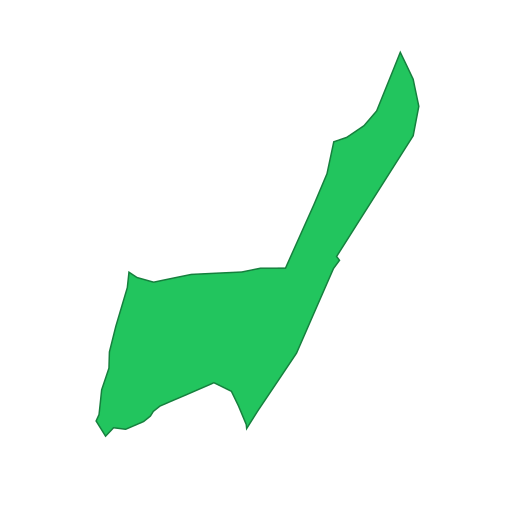 the district of Zaqaziq 2, Ash Sharqiyah, Egypt, rotated 347°
{"feature_id": "37247803B33284186287576", "entity_name": "Zaqaziq 2", "entity_type": "district", "adm_level": 2, "iso_a3": "EGY", "parent_name": "Egypt", "parent_adm1": "Ash Sharqiyah", "projection": "robinson", "projection_center": [31.509, 30.601], "detail": "fine", "context": "isolated", "style": "filled", "palette": "green", "viewbox_px": 512, "rotation_deg": 347, "n_neighbors": 0, "source": "geoboundaries", "source_scale": "gbopen_adm2", "svg_char_len": 952}
<svg xmlns="http://www.w3.org/2000/svg" viewBox="0 0 512 512"><g transform="rotate(347 256 256)"><path d="M208.1,422.0L222.9,407.3L250.5,381.5L254.1,378.1L273.6,359.8L286.0,343.1L298.3,326.5L306.1,316.0L328.7,285.6L336.4,279.0L334.4,274.6L357.9,251.4L360.0,249.3L436.2,174.2L443.3,158.1L448.3,146.8L448.7,127.0L448.9,119.1L445.4,103.2L442.4,90.0L431.7,105.4L406.2,141.8L390.6,153.3L371.2,160.8L357.5,162.2L343.7,191.8L324.0,219.0L306.8,241.7L285.3,270.1L282.0,274.5L276.8,273.3L266.7,271.0L257.7,268.9L238.5,268.4L235.7,267.9L211.0,263.4L188.8,259.4L173.4,259.0L160.5,258.7L150.4,258.5L135.2,250.2L128.6,243.2L123.5,257.9L103.6,293.0L96.0,307.9L91.6,316.5L87.5,332.2L75.5,351.7L71.5,363.4L67.4,375.2L63.1,380.8L68.9,397.7L78.6,391.3L90.0,395.5L109.3,392.0L117.1,388.2L121.0,384.3L128.7,380.6L142.8,378.0L148.0,377.1L160.2,374.9L186.5,370.0L201.6,382.3L205.2,398.1L208.6,418.0L208.1,422.0Z" fill="#22c55e" stroke="#15803d" stroke-width="1.5"/></g></svg>